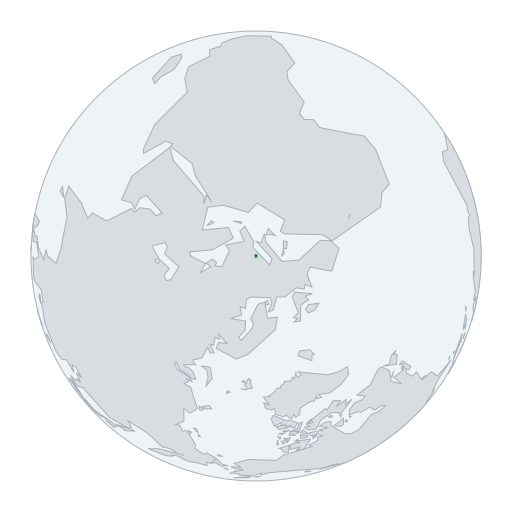 the Earth from above Sarajevo, rotated 184°
{"feature_id": "BIH-2890", "entity_name": "Sarajevo", "entity_type": "Canton", "adm_level": 1, "iso_a3": "BIH", "parent_name": "Bosnia and Herzegovina", "parent_adm1": "", "projection": "orthographic", "projection_center": [18.322, 43.843], "detail": "fine", "context": "on_globe", "style": "filled", "palette": "green", "viewbox_px": 512, "rotation_deg": 184, "n_neighbors": 0, "source": "natural_earth", "source_scale": "10m", "svg_char_len": 10956}
<svg xmlns="http://www.w3.org/2000/svg" viewBox="0 0 512 512"><g transform="rotate(184 256 256)"><circle cx="256" cy="256" r="225" fill="#eef3f6" stroke="#a8b0b8"/><path d="M149.0,57.8L152.0,56.2L165.6,51.8L159.3,54.5L163.3,53.6L171.5,50.4L175.9,48.6L200.9,45.0L228.4,40.6L236.0,37.7L235.2,39.9L248.9,34.2L263.1,33.2L247.7,35.4L246.6,36.5L256.6,36.1L257.7,37.3L263.1,37.9L263.5,39.5L254.4,41.3L254.5,42.5L261.6,42.2L266.4,44.1L256.0,44.3L263.4,47.6L249.6,52.4L221.5,53.6L214.4,59.4L187.0,69.7L190.1,70.9L181.6,76.3L182.0,79.8L176.8,81.2L181.7,82.9L186.4,80.9L190.0,81.2L190.7,83.2L184.2,85.2L182.9,84.4L181.3,86.1L177.8,86.3L179.9,87.4L171.9,89.9L180.8,90.6L175.2,95.2L169.6,96.1L169.1,91.8L154.8,84.9L149.0,85.3L141.4,89.7L129.5,106.3L123.5,108.8L116.3,115.4L120.1,115.6L127.0,110.6L132.2,113.2L140.1,107.4L143.4,107.8L152.0,104.0L151.9,109.2L147.1,116.6L139.9,120.1L137.6,123.7L145.4,124.4L133.0,135.6L126.4,151.4L123.1,154.1L114.9,151.2L112.5,140.3L101.9,138.6L109.9,144.7L101.4,152.2L100.5,155.7L101.6,158.5L105.3,157.7L102.6,161.6L93.7,156.5L96.0,152.9L98.8,154.4L97.6,149.5L91.5,147.1L87.7,151.5L82.6,144.6L79.8,147.9L77.1,148.5L81.9,143.6L73.2,152.6L66.5,148.9L54.5,165.4L65.1,146.7L68.1,139.6L70.7,132.9L68.6,135.3L74.8,124.3L75.7,121.2L71.8,126.3L82.3,112.5L93.9,99.6L106.4,87.6L119.8,76.6L134.0,66.6L149.0,57.8ZM55.5,153.2L56.7,151.3L54.0,157.9L49.8,165.3L55.5,153.2ZM47.2,171.3L43.2,182.6L40.7,189.8L47.2,171.3ZM36.5,205.3L36.0,207.7L34.2,217.7L35.3,216.1L36.0,220.8L33.5,230.3L35.9,226.4L34.9,235.6L37.9,251.9L37.0,252.7L39.1,278.0L45.4,298.2L46.8,308.8L45.7,311.2L48.7,317.8L48.8,320.7L64.6,346.0L75.6,363.7L77.3,373.2L72.0,375.5L76.4,390.7L70.7,384.2L61.6,369.8L53.5,354.8L46.7,339.2L41.0,323.2L36.5,306.8L33.3,290.0L31.4,273.1L30.7,256.1L31.4,239.1L33.3,222.2L34.5,215.0L35.6,209.6L35.5,209.9L36.5,205.3ZM51.3,169.9L44.9,193.3L45.3,185.3L45.8,185.5L48.1,178.4L51.3,168.2L52.6,162.1L51.3,169.9ZM55.7,168.4L56.5,165.1L56.2,167.7L55.7,168.4ZM177.7,47.7L171.6,50.3L163.8,53.0L168.8,50.6L177.7,47.7ZM192.7,43.9L190.1,45.1L185.9,45.2L188.7,44.4L192.7,43.9ZM241.2,35.7L236.0,36.3L240.7,35.4L241.2,35.7ZM263.8,37.7L264.9,37.3L267.3,37.9L263.8,37.7ZM151.5,101.5L151.7,102.7L150.0,102.7L151.5,101.5ZM155.0,98.8L152.9,97.9L154.2,96.5L155.5,97.1L155.0,98.8ZM270.0,41.0L273.4,42.4L268.4,41.3L270.0,41.0ZM157.4,100.2L156.9,94.2L159.3,91.9L166.3,92.1L157.4,100.2ZM274.3,43.3L282.7,47.0L286.0,46.1L281.4,51.2L275.8,46.1L269.1,44.7L273.6,44.5L274.3,43.3ZM187.5,79.5L182.6,81.6L186.1,78.0L187.5,79.5ZM188.9,77.2L194.4,66.9L202.0,65.1L198.6,68.7L208.1,65.3L209.1,69.5L204.2,72.3L199.0,72.6L203.3,74.1L188.9,77.2ZM277.6,53.6L278.3,55.0L275.8,53.9L277.6,53.6ZM191.8,81.0L192.2,78.9L198.9,77.2L199.2,81.1L197.0,80.3L191.8,81.0ZM210.0,62.6L215.0,62.2L217.3,65.4L219.5,65.7L209.8,69.5L210.0,62.6ZM195.8,81.8L199.2,83.2L196.7,85.9L191.8,82.9L195.8,81.8ZM200.5,75.2L203.6,74.6L202.0,76.1L200.5,75.2ZM189.7,97.1L190.1,94.3L193.6,93.1L189.7,97.1ZM200.7,83.5L201.5,82.6L203.0,81.9L204.7,83.4L200.7,83.5ZM212.0,71.6L211.9,73.2L216.1,70.2L217.9,72.8L211.1,74.9L214.8,75.1L215.4,75.9L209.2,76.8L212.0,71.6ZM210.7,82.9L202.6,86.9L201.2,92.2L198.0,93.4L200.9,84.7L210.7,82.9ZM210.3,79.2L209.8,81.7L206.1,81.7L204.2,80.0L210.3,79.2ZM221.6,73.9L220.6,69.4L222.1,69.1L221.6,73.9ZM211.0,84.4L212.9,83.4L211.3,84.7L211.0,84.4ZM219.2,77.0L218.6,75.4L220.3,75.1L219.2,77.0ZM217.2,82.9L214.6,84.1L213.3,83.0L217.2,82.9ZM218.7,80.2L221.3,80.2L214.3,81.8L218.2,79.5L218.7,80.2ZM220.9,77.0L221.8,76.3L220.9,77.7L220.9,77.0ZM224.0,87.0L215.6,89.3L212.5,86.5L221.1,84.6L224.0,87.0ZM144.1,370.7L128.1,336.9L134.8,327.8L135.2,313.6L180.9,276.5L191.5,281.9L228.6,280.0L233.4,282.2L230.0,294.1L258.6,308.9L266.6,298.8L291.5,304.3L307.5,301.4L311.4,278.2L285.3,282.5L279.8,272.1L299.9,259.1L322.5,255.6L321.1,251.5L305.9,244.9L310.3,235.7L300.6,241.9L305.2,245.6L299.2,249.9L294.7,246.8L296.4,243.5L289.3,242.7L283.0,259.4L286.9,265.0L268.9,269.8L273.8,279.7L269.2,284.8L259.3,270.1L259.6,264.3L241.8,248.1L239.8,254.5L256.5,270.4L251.7,269.3L249.1,278.9L247.3,270.8L229.6,252.4L212.8,255.0L192.8,276.2L182.7,276.3L173.6,269.5L179.4,246.1L201.4,248.7L203.7,241.2L198.1,228.9L205.2,231.0L205.6,226.5L213.8,227.0L224.2,217.2L232.3,216.6L235.2,203.1L239.8,201.2L236.7,209.6L239.0,215.5L259.1,214.6L262.6,211.6L262.9,203.0L268.4,204.2L266.1,196.1L277.1,191.8L261.8,190.5L261.7,181.3L267.7,173.8L264.9,170.7L255.1,183.0L253.7,188.2L256.9,193.0L250.6,208.1L244.0,210.6L240.1,194.6L230.3,196.7L231.6,183.9L257.2,157.3L268.4,151.8L289.4,161.1L287.4,167.2L278.9,166.7L287.8,175.3L286.6,170.6L291.2,171.9L292.2,164.0L295.5,164.6L291.0,156.4L295.1,156.2L297.9,161.4L303.1,150.3L311.4,148.2L311.0,145.5L308.2,143.3L320.6,142.5L319.7,140.6L315.3,140.1L310.7,136.0L307.5,128.8L312.0,129.0L313.8,131.6L324.2,137.6L328.2,145.0L329.7,144.3L327.3,138.0L314.6,130.6L311.3,126.3L317.7,128.9L315.2,127.6L315.0,125.5L319.0,123.7L312.1,120.6L303.9,99.6L310.8,94.6L317.4,98.9L316.4,86.0L324.3,82.5L320.2,81.9L317.0,76.0L314.4,77.0L312.2,76.3L302.8,62.9L304.0,60.3L295.4,54.9L293.3,54.7L291.8,56.3L281.4,51.2L286.0,46.1L290.5,46.7L290.3,43.6L300.6,45.7L309.1,46.3L320.5,51.1L326.2,51.7L325.4,50.4L332.6,50.7L350.0,56.2L339.3,56.9L313.8,52.1L324.5,54.2L323.1,55.5L327.5,57.5L335.0,59.2L335.2,58.2L352.2,71.9L372.1,82.7L368.3,76.4L371.6,75.4L390.9,84.8L419.5,112.6L424.3,113.6L428.4,117.3L432.6,124.1L426.8,118.8L426.1,121.1L422.1,117.4L427.0,127.2L421.6,122.4L428.1,132.9L431.8,134.4L429.5,127.1L437.5,139.0L442.3,139.4L449.1,147.4L461.9,174.1L465.6,190.5L467.1,194.1L465.3,195.4L467.8,207.3L475.1,215.6L476.6,220.8L478.4,240.2L477.6,236.7L472.9,240.0L475.6,254.3L479.3,254.9L480.6,263.5L479.4,267.0L477.5,259.9L475.8,260.8L473.7,249.2L467.4,237.6L466.0,247.7L463.6,241.1L454.8,235.0L451.2,249.3L447.3,281.9L450.8,299.9L447.7,312.6L433.9,296.8L426.4,281.6L422.2,287.6L407.3,280.5L383.9,294.6L379.9,291.0L375.6,296.0L365.0,295.5L358.6,289.1L352.5,292.3L369.5,308.8L375.9,305.3L380.3,293.9L383.9,300.6L394.1,302.5L385.4,327.0L349.5,358.3L344.9,345.2L311.8,311.7L312.2,306.7L312.0,306.1L311.5,305.2L309.7,313.7L303.6,306.4L322.4,332.3L326.1,343.8L349.0,359.3L347.1,362.1L354.1,364.1L375.3,350.5L375.7,355.0L366.4,379.6L336.0,414.6L339.5,428.3L336.3,440.3L316.1,451.8L316.6,458.5L306.0,462.8L304.5,466.3L295.2,470.8L280.3,475.1L256.2,476.3L255.7,474.1L245.1,468.7L230.9,451.1L238.0,442.0L236.3,433.9L218.7,413.0L222.6,401.4L217.7,395.7L207.7,395.9L201.8,388.8L195.7,387.7L156.5,383.2L144.1,370.7ZM166.4,299.4L165.5,303.7L165.4,303.7L166.4,299.4ZM347.6,263.0L360.5,258.8L352.7,246.8L357.0,244.4L352.8,241.4L352.1,246.0L341.5,237.3L346.3,230.9L343.8,225.2L339.3,226.4L332.2,239.7L347.3,251.9L345.2,258.9L347.6,263.0ZM38.0,252.3L38.1,256.1L37.4,253.5L38.0,252.3ZM43.7,187.7L43.1,191.2L42.3,194.4L42.4,192.3L43.7,187.7ZM43.1,216.2L43.2,220.9L42.3,217.6L43.1,216.2ZM44.3,196.8L42.9,212.8L41.3,207.6L42.4,197.7L42.6,202.3L44.3,196.8ZM52.5,171.8L51.8,174.5L50.9,175.5L52.5,171.8ZM55.4,170.3L55.4,169.7L56.5,167.3L55.4,170.3ZM102.0,152.5L102.6,153.0L103.0,156.3L101.3,155.8L102.0,152.5ZM114.0,166.0L109.5,172.0L111.5,167.2L108.2,167.3L108.4,157.7L121.5,155.0L115.5,157.7L114.0,166.0ZM112.3,144.7L110.7,150.7L111.9,144.3L112.3,144.7ZM199.8,202.9L202.9,206.3L200.3,211.2L190.0,213.2L193.6,206.0L199.8,202.9ZM208.0,210.1L207.0,194.3L213.4,192.9L209.9,196.3L214.3,196.9L209.9,202.6L216.9,217.2L215.1,222.6L197.1,222.5L204.0,219.4L200.5,216.0L208.0,210.1ZM193.3,161.0L193.0,155.4L207.2,159.4L205.9,164.3L195.5,166.2L191.0,161.6L193.3,161.0ZM169.8,102.3L168.7,100.7L170.5,100.0L172.9,100.8L169.8,102.3ZM189.6,95.9L176.2,108.7L174.3,107.4L168.8,117.1L161.7,117.6L165.5,111.3L155.9,119.3L156.5,113.8L150.5,119.7L159.8,105.5L160.0,101.2L162.5,105.6L169.0,105.1L171.9,103.6L180.2,96.4L183.8,87.6L190.8,86.1L194.9,87.4L195.1,89.3L190.4,89.6L194.0,91.9L187.5,93.8L189.6,95.9ZM238.0,110.1L232.5,108.6L238.7,115.7L232.1,116.8L233.3,117.6L228.9,120.6L225.6,125.8L222.5,125.6L222.6,127.8L219.7,130.0L218.7,133.0L212.8,133.7L211.1,137.5L209.3,135.8L208.0,142.2L206.3,137.8L202.4,140.6L206.1,143.4L176.5,142.4L165.5,146.2L157.1,152.0L155.3,144.3L162.0,134.2L172.8,124.6L183.7,122.4L180.9,119.6L185.3,117.8L185.7,120.8L187.8,115.2L191.5,114.6L201.1,107.5L201.8,100.4L205.4,97.8L206.9,100.4L209.4,96.1L214.8,99.3L217.4,97.6L225.4,99.4L226.9,105.6L229.8,103.3L236.0,104.8L238.0,110.1ZM226.1,87.6L229.5,94.3L227.5,98.3L214.4,93.7L211.3,94.8L202.8,92.5L205.8,86.9L208.0,88.0L210.7,87.8L208.7,89.6L212.4,88.0L215.5,89.6L219.2,88.9L219.3,91.2L226.1,87.6ZM238.2,277.8L241.8,278.4L247.4,277.9L245.8,284.1L238.2,277.8ZM226.0,265.5L229.2,264.9L229.7,272.9L226.0,272.5L226.0,265.5ZM230.4,257.9L229.3,264.2L227.7,260.6L230.4,257.9ZM239.6,208.7L243.0,207.7L243.5,209.6L241.9,212.6L239.6,208.7ZM254.9,133.4L252.1,131.4L253.0,130.3L250.5,123.9L255.1,122.9L258.4,126.4L254.9,133.4ZM307.2,283.0L302.9,288.1L300.4,286.5L302.4,285.0L307.2,283.0ZM273.1,287.3L281.2,289.4L272.6,289.0L273.1,287.3ZM259.6,131.2L258.0,128.7L261.3,129.8L259.6,131.2ZM258.4,121.9L262.1,122.6L255.4,122.1L258.4,121.9ZM371.7,426.1L354.3,448.5L344.6,452.1L344.0,448.2L351.2,435.9L363.0,428.5L369.1,420.9L371.7,426.1ZM479.9,280.8L479.4,282.7L474.5,275.5L476.3,270.4L480.6,267.9L480.4,271.3L480.8,270.8L479.9,280.8ZM481.2,251.3L481.1,246.7L481.0,245.4L481.2,251.3ZM451.7,300.9L456.0,307.3L453.9,311.9L451.7,300.9ZM470.5,187.1L470.3,186.6L469.6,184.5L469.9,185.4L470.5,187.1ZM469.3,198.8L469.6,203.6L468.5,201.3L467.4,193.9L469.3,198.8ZM454.3,154.4L458.5,161.1L460.0,164.1L458.2,161.9L454.3,154.4ZM297.0,122.1L295.3,131.8L297.2,138.8L303.0,142.6L294.0,141.8L291.2,130.9L297.0,122.1ZM302.6,102.2L297.4,99.5L300.0,98.2L301.6,98.7L302.6,102.2ZM299.2,102.2L292.1,103.5L289.5,100.5L295.6,100.0L299.2,102.2ZM275.9,116.8L275.1,119.6L272.4,118.5L275.9,116.8ZM469.2,183.2L469.7,184.8L464.7,172.7L463.4,168.9L467.7,179.2L467.8,179.3L469.2,183.2ZM428.2,113.4L425.7,111.2L423.1,107.5L425.6,110.0L428.2,113.4ZM412.3,95.0L421.6,105.9L428.6,115.5L428.7,114.7L434.5,121.4L431.7,119.9L423.3,109.5L418.8,103.2L413.6,98.5L407.6,92.1L401.8,88.3L397.7,84.7L401.5,86.5L412.3,95.0ZM399.5,87.0L387.3,79.5L384.6,75.2L386.6,75.9L393.4,81.0L394.4,82.9L399.5,87.0ZM383.6,76.5L384.5,78.5L368.4,74.4L364.4,72.7L375.1,72.7L376.5,74.7L381.0,76.6L383.6,76.5ZM280.5,54.7L278.5,54.9L279.3,53.9L280.5,54.7ZM310.9,77.0L308.1,75.8L309.1,74.4L310.9,77.0ZM300.7,72.1L301.6,74.5L298.8,71.9L300.7,72.1ZM303.7,79.9L301.0,75.4L306.3,79.8L303.7,79.9Z" fill="#d9dde1" stroke="#a8b0b8" stroke-width="1"/><path d="M256.7,255.2L256.7,255.3L256.5,255.5L256.5,255.8L256.5,256.0L256.4,256.0L256.2,256.0L256.2,256.3L256.3,256.4L256.5,256.4L256.6,256.5L256.8,256.6L256.7,256.8L256.6,256.7L256.4,256.6L256.2,256.7L256.2,256.9L256.2,257.0L255.9,256.9L255.9,257.0L255.7,257.0L255.6,256.9L255.6,256.7L255.4,256.6L255.2,256.6L255.2,256.4L255.1,256.2L255.3,256.2L255.5,256.0L255.6,255.9L255.5,255.7L255.6,255.4L255.8,255.4L256.0,255.4L256.0,255.2L256.3,255.1L256.3,254.9L256.5,255.0L256.7,255.2Z" fill="#22c55e" stroke="#15803d" stroke-width="1.5"/></g></svg>